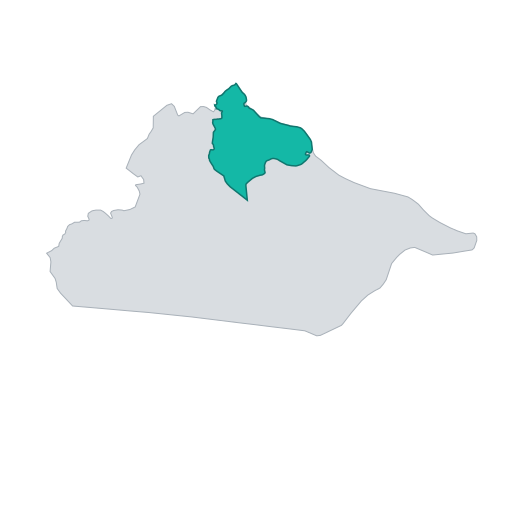 location of Aleppo within Syria, rotated 38°
{"feature_id": "SYR-137", "entity_name": "Aleppo", "entity_type": "Province", "adm_level": 1, "iso_a3": "SYR", "parent_name": "Syria", "parent_adm1": "", "projection": "robinson", "projection_center": [37.495, 36.172], "detail": "fine", "context": "in_parent", "style": "filled", "palette": "teal", "viewbox_px": 512, "rotation_deg": 38, "n_neighbors": 0, "source": "natural_earth", "source_scale": "10m", "svg_char_len": 5329}
<svg xmlns="http://www.w3.org/2000/svg" viewBox="0 0 512 512"><g transform="rotate(38 256 256)"><path d="M95.7,188.0L99.5,188.4L107.6,193.2L109.0,193.1L111.5,186.7L113.9,184.6L118.9,182.7L120.3,172.5L122.7,170.5L125.5,169.4L129.8,169.2L133.6,168.6L133.8,166.8L128.6,155.0L129.1,152.0L131.7,140.1L133.3,135.4L134.8,133.9L140.8,134.5L149.1,136.6L151.3,140.0L155.4,143.1L161.6,142.9L168.6,143.4L174.2,143.6L178.6,141.5L188.5,137.5L193.5,136.2L198.0,134.4L212.4,127.9L218.1,128.4L222.1,129.2L225.1,130.3L231.9,134.7L237.6,139.3L241.5,140.6L248.6,140.5L258.8,141.4L271.4,141.3L278.7,140.0L288.0,137.8L304.7,132.5L326.5,121.3L339.4,115.9L344.9,115.3L352.1,115.2L359.4,116.6L367.6,117.6L371.4,117.5L380.3,116.4L391.8,114.2L399.0,112.3L407.7,109.3L413.0,104.2L414.8,103.7L417.1,104.6L418.1,105.0L420.4,107.8L422.9,115.2L422.9,116.1L422.5,118.2L416.9,124.2L409.3,132.5L403.8,137.7L394.6,146.5L387.6,148.3L375.8,151.5L372.7,154.6L369.8,159.5L368.2,166.3L367.7,170.5L367.5,178.4L370.4,186.6L373.2,194.5L373.6,199.7L373.4,204.9L370.9,210.4L368.2,217.9L366.7,226.4L366.1,242.3L366.2,255.9L366.0,258.1L361.2,267.7L355.6,278.9L353.0,281.5L340.5,284.9L326.8,293.1L311.6,302.3L297.7,310.6L283.2,319.4L268.0,328.5L257.2,335.0L242.7,343.7L229.5,352.0L216.1,360.4L205.9,366.8L190.5,376.9L181.4,382.8L168.0,391.5L156.2,399.2L142.3,408.3L124.8,405.6L119.3,404.0L114.8,399.7L111.5,397.4L103.3,395.0L98.0,386.9L94.8,384.0L89.3,382.7L91.7,377.5L92.2,374.1L94.6,369.9L93.1,367.1L92.4,361.3L91.4,359.9L91.0,358.3L91.8,356.4L91.5,354.5L90.6,353.7L90.1,350.8L89.4,348.6L89.8,346.0L91.0,344.3L92.3,341.0L93.7,340.0L96.1,338.0L96.7,335.8L98.8,333.7L101.6,332.0L102.3,330.6L101.9,329.8L99.0,328.3L97.6,325.6L98.9,321.6L99.8,320.4L101.5,318.5L105.3,315.5L108.2,315.0L110.8,315.0L115.1,315.3L118.4,315.8L119.3,315.1L119.1,314.1L115.0,311.7L114.8,309.8L115.8,307.8L118.8,304.5L122.3,302.2L124.0,301.7L128.0,297.0L130.6,291.7L126.5,278.7L124.0,276.7L120.0,274.9L117.6,274.6L117.4,273.8L120.6,270.5L122.9,267.6L120.4,264.9L115.9,263.6L114.2,266.5L108.5,266.7L99.6,266.7L95.7,253.0L95.1,247.1L95.3,240.3L98.1,230.3L96.8,225.7L96.7,222.6L96.1,218.3L89.1,209.1L93.0,192.1L95.7,188.0Z" fill="#d9dde1" stroke="#a8b0b8" stroke-width="1"/><path d="M214.0,127.5L217.3,127.9L227.0,130.7L229.5,132.0L234.8,137.5L235.5,140.2L235.5,140.5L235.5,140.8L235.4,141.1L235.1,141.7L234.9,141.9L234.6,142.0L232.1,142.4L231.9,142.5L231.7,142.6L231.7,142.9L231.7,143.4L232.0,144.5L232.1,145.0L232.3,145.3L232.5,145.5L232.9,145.5L233.1,145.5L233.5,145.4L234.0,145.0L235.2,144.0L235.6,143.8L235.8,143.7L236.0,143.8L236.4,144.0L236.5,144.1L236.6,144.3L236.7,144.5L236.6,148.8L236.4,150.6L236.0,152.3L235.6,154.4L235.3,155.5L234.7,156.7L232.8,159.5L232.4,160.0L231.8,160.6L228.4,162.9L224.3,165.1L215.9,166.4L214.0,166.5L212.6,166.9L210.5,167.9L209.7,168.4L209.4,168.6L208.8,169.2L208.3,169.9L207.8,170.8L207.2,172.2L206.1,173.9L205.9,174.3L205.8,174.7L205.7,175.2L205.8,175.9L206.0,176.9L206.6,178.7L207.1,179.6L207.6,180.2L208.3,180.9L209.0,181.8L209.6,182.9L211.7,184.6L211.9,184.9L211.9,185.2L211.9,185.8L211.8,186.1L211.7,186.4L211.6,186.6L211.4,187.3L211.0,188.2L210.9,188.3L210.6,188.7L209.6,189.7L207.7,192.4L207.6,192.5L207.3,192.9L206.9,193.6L205.4,197.0L204.2,202.5L203.9,204.7L203.9,205.0L203.9,205.3L204.0,205.7L204.1,206.0L205.0,207.1L214.8,217.4L193.1,217.4L188.8,216.8L186.5,216.1L185.6,215.8L182.3,213.4L182.2,213.4L181.3,212.7L172.9,213.3L169.9,213.3L169.6,213.2L169.1,213.0L167.3,211.8L163.0,210.3L160.8,209.4L160.6,209.3L159.8,208.5L159.5,208.3L159.2,208.1L158.8,208.0L158.5,207.9L156.9,206.0L156.7,205.6L156.5,204.5L156.3,204.1L156.0,203.6L155.5,202.7L154.8,200.4L155.1,200.0L155.4,199.7L156.0,199.5L156.1,199.4L156.4,199.1L156.7,198.9L156.9,198.6L157.1,198.3L157.1,198.0L157.1,197.8L157.1,197.6L157.1,197.3L157.0,197.1L156.7,196.8L155.2,195.8L154.2,194.8L153.6,194.4L152.8,194.3L152.6,194.3L152.3,194.2L152.0,193.8L151.6,193.2L149.1,188.7L146.3,184.8L146.3,184.6L146.2,184.3L146.3,183.8L146.2,181.9L146.1,181.5L146.0,181.0L145.7,180.8L145.2,180.4L140.9,178.5L140.5,178.2L140.0,177.8L139.5,177.3L139.2,176.5L138.1,175.2L138.8,174.2L140.5,172.8L140.7,172.5L141.0,172.2L141.2,171.9L141.3,171.8L141.4,171.7L141.9,171.4L142.1,171.3L142.4,170.8L143.5,169.8L143.7,169.5L143.9,169.1L144.0,168.9L144.1,168.6L144.1,168.3L143.9,167.9L142.5,166.2L141.0,164.8L140.7,164.3L140.6,163.3L140.5,163.1L140.5,162.9L140.3,162.8L140.2,162.6L139.9,162.6L139.6,162.7L138.5,163.5L138.3,163.6L136.6,163.5L134.9,163.9L134.2,164.3L134.2,164.2L133.6,163.6L132.8,163.3L131.1,163.1L130.6,162.6L130.9,162.6L131.1,162.0L131.5,161.1L131.5,160.6L131.4,160.1L131.3,159.7L131.0,159.3L130.8,159.1L130.0,158.8L129.6,158.5L129.4,158.0L128.4,154.7L128.3,153.7L128.5,152.8L130.0,150.4L130.3,147.8L130.3,145.1L131.0,142.5L131.6,141.0L131.7,139.8L131.8,138.7L132.0,137.3L132.6,136.1L133.5,135.0L134.0,133.9L133.9,132.4L134.3,132.3L134.8,132.4L144.2,135.5L147.4,135.7L148.3,136.0L149.3,136.4L150.3,136.9L151.1,137.6L152.6,139.0L153.0,139.8L153.1,141.0L152.6,143.0L152.8,143.7L153.8,144.5L154.8,145.1L155.2,144.9L155.6,144.4L156.4,143.6L157.4,143.2L158.2,143.2L159.0,143.5L160.0,143.6L163.2,142.8L164.3,142.7L172.6,144.2L174.7,144.2L178.5,141.8L182.1,139.5L185.2,138.2L193.6,136.5L201.7,132.9L203.1,132.5L204.0,131.9L208.9,128.9L212.3,127.6L214.0,127.5Z" fill="#14b8a6" stroke="#0f766e" stroke-width="1.5"/></g></svg>